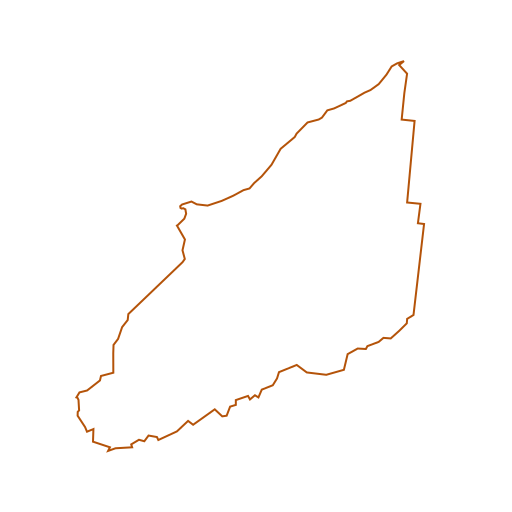 Sonoma, California, United States of America (Natural Earth projection), rotated 96°
{"feature_id": "52423323B39454223771984", "entity_name": "Sonoma", "entity_type": "district", "adm_level": 2, "iso_a3": "USA", "parent_name": "United States of America", "parent_adm1": "California", "projection": "natural_earth1", "projection_center": [-122.845, 38.481], "detail": "fine", "context": "isolated", "style": "outline", "palette": "amber", "viewbox_px": 512, "rotation_deg": 96, "n_neighbors": 0, "source": "geoboundaries", "source_scale": "gbopen_adm2", "svg_char_len": 1526}
<svg xmlns="http://www.w3.org/2000/svg" viewBox="0 0 512 512"><g transform="rotate(96 256 256)"><path d="M445.1,399.6L457.7,398.7L461.5,381.3L465.3,382.7L461.9,375.6L459.2,359.2L456.4,360.4L451.0,353.2L451.9,347.7L445.8,344.1L446.4,335.6L449.2,333.9L438.7,316.3L427.1,306.3L430.4,300.9L412.8,281.0L419.0,272.8L417.9,268.5L408.5,266.0L406.2,260.5L401.4,261.0L396.0,249.3L399.3,247.0L394.6,242.5L396.4,238.8L388.3,236.3L382.8,225.8L375.6,222.3L369.1,221.0L360.1,204.1L366.5,193.3L366.8,173.7L360.0,156.7L344.0,154.6L337.4,145.2L337.0,137.0L334.0,135.8L328.6,125.0L324.1,120.7L323.9,113.4L315.5,105.8L307.2,99.0L302.7,99.1L298.2,93.2L206.6,92.2L206.5,98.4L186.9,97.9L187.0,111.3L105.1,112.4L105.1,125.4L78.3,125.5L58.9,124.8L51.1,133.6L46.7,129.2L49.6,135.7L53.3,140.9L62.0,145.2L72.2,151.9L79.0,159.5L82.2,165.1L91.8,178.5L92.7,181.7L94.4,182.7L101.1,193.8L103.7,200.3L111.5,204.9L113.7,207.9L117.8,218.7L130.0,228.4L133.6,229.9L146.8,242.7L163.6,250.1L176.2,258.7L183.7,265.5L189.5,269.5L191.8,275.3L198.4,284.9L204.8,295.9L210.9,309.4L210.8,320.3L208.6,325.9L212.5,334.9L214.4,336.6L216.1,336.1L216.6,334.9L216.1,333.3L217.0,331.1L221.3,329.9L226.4,331.2L233.6,337.2L234.0,337.8L247.0,328.4L258.0,329.7L266.4,326.5L269.8,328.4L327.1,376.9L333.1,376.9L340.7,381.7L352.9,384.5L359.3,388.4L367.6,387.8L387.0,385.7L391.5,397.6L396.1,398.2L407.4,409.9L410.1,417.3L415.4,419.8L415.6,418.8L417.6,417.5L428.0,415.8L429.7,417.0L433.5,416.7L444.0,408.1L448.4,405.7L445.1,399.6Z" fill="none" stroke="#b45309" stroke-width="2"/></g></svg>